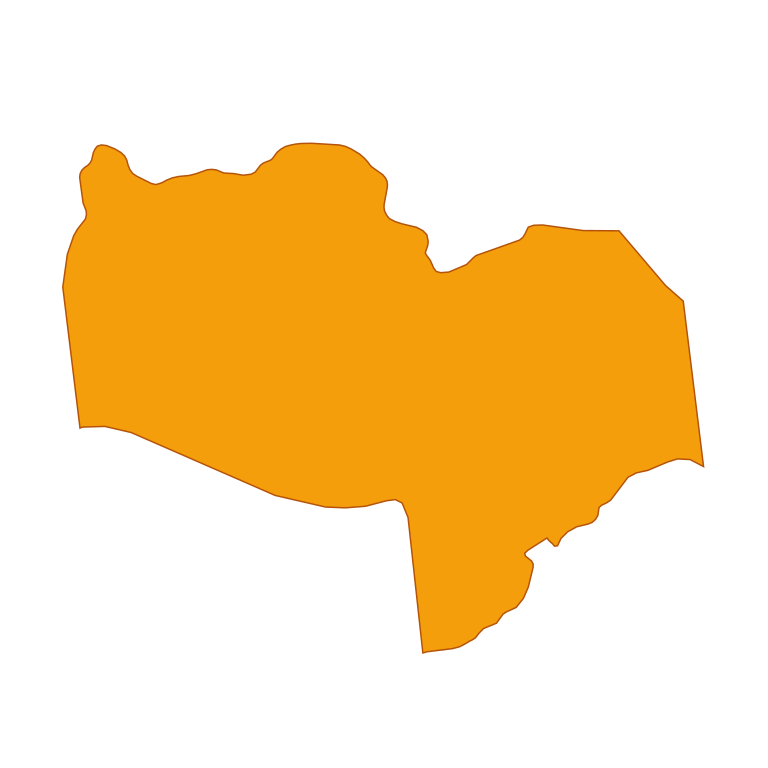 outline of Nkhata Bay, rotated 83°
{"feature_id": "MWI-1901", "entity_name": "Nkhata Bay", "entity_type": "District", "adm_level": 1, "iso_a3": "MWI", "parent_name": "Malawi", "parent_adm1": "", "projection": "robinson", "projection_center": [34.193, -11.585], "detail": "fine", "context": "isolated", "style": "filled", "palette": "amber", "viewbox_px": 768, "rotation_deg": 83, "n_neighbors": 0, "source": "natural_earth", "source_scale": "10m", "svg_char_len": 2143}
<svg xmlns="http://www.w3.org/2000/svg" viewBox="0 0 768 768"><g transform="rotate(83 384 384)"><path d="M504.9,76.9L496.3,89.4L494.1,101.9L496.0,112.1L501.8,132.4L503.0,144.5L506.3,153.2L527.0,173.3L529.3,178.1L530.7,182.5L532.7,185.6L540.6,187.8L544.1,190.5L546.8,194.4L547.9,198.8L549.2,210.2L553.1,219.8L558.8,227.1L565.7,231.5L565.7,234.5L563.1,236.2L559.4,239.5L556.7,241.0L566.4,261.2L569.1,265.0L572.0,264.6L577.6,259.2L580.8,257.9L584.3,258.4L603.1,265.5L613.7,271.7L621.8,280.0L625.1,290.2L626.9,293.9L635.1,301.5L638.8,314.9L642.9,320.1L647.0,324.1L648.8,327.7L649.8,330.7L651.8,335.1L654.0,341.0L655.0,348.2L655.0,373.9L655.7,378.2L519.4,376.4L504.3,380.5L500.1,386.9L500.2,395.9L503.1,417.4L502.2,437.4L499.0,457.0L481.3,505.7L448.1,561.8L401.3,641.0L392.1,666.1L390.0,688.4L390.7,691.1L248.6,691.0L216.7,682.5L199.0,673.9L193.1,669.5L183.8,660.2L179.6,658.7L175.8,658.5L167.7,660.6L141.7,660.9L138.1,659.9L135.1,657.9L132.8,655.1L130.9,651.4L128.8,648.8L126.3,647.0L119.0,644.3L115.6,642.2L112.9,639.4L112.3,635.3L113.5,630.5L117.8,622.6L122.1,617.0L126.2,613.6L130.6,612.0L135.3,611.4L140.0,610.2L144.4,607.8L147.7,604.0L156.7,590.4L158.3,585.9L157.2,580.0L155.3,575.2L153.6,569.0L153.0,562.2L153.3,552.1L152.4,544.9L149.8,533.3L150.0,528.6L151.1,524.3L155.0,517.4L156.9,507.3L159.6,498.4L159.6,490.1L157.9,485.9L151.9,480.1L150.1,477.1L149.1,473.7L148.4,470.5L147.4,468.2L146.1,466.7L140.9,461.8L138.3,457.7L136.3,452.9L135.5,447.6L135.1,442.5L135.2,436.7L136.3,426.3L141.3,399.2L143.3,393.7L146.5,388.3L152.9,380.1L157.6,375.9L161.9,372.9L164.4,371.6L167.1,369.6L176.3,359.6L179.8,357.4L183.1,356.3L186.5,356.3L188.9,356.7L206.2,362.1L209.2,362.5L212.7,362.3L216.8,360.8L220.5,358.5L224.1,353.3L227.4,346.2L232.4,332.7L236.5,326.8L241.1,323.3L247.8,322.8L250.0,323.2L252.5,324.0L257.1,326.3L259.1,327.0L260.8,326.4L266.9,323.0L274.8,320.6L278.6,318.5L280.4,314.3L280.8,306.0L275.5,287.5L269.6,280.0L267.7,276.9L257.7,232.0L255.4,228.3L252.3,225.8L245.9,221.7L244.7,216.0L245.5,207.2L256.0,167.6L260.6,132.1L320.7,92.5L338.2,76.9L502.8,76.9L504.8,76.9L504.9,76.9Z" fill="#f59e0b" stroke="#b45309" stroke-width="1.5"/></g></svg>